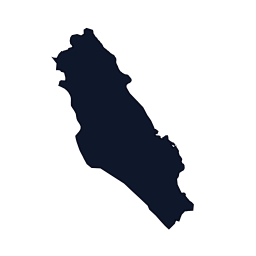 Daugmales pag., Kekavas, Latvia, rotated 219°
{"feature_id": "27541924B86442944632001", "entity_name": "Daugmales pag.", "entity_type": "district", "adm_level": 2, "iso_a3": "LVA", "parent_name": "Latvia", "parent_adm1": "Kekavas", "projection": "robinson", "projection_center": [24.43, 56.799], "detail": "fine", "context": "isolated", "style": "filled", "palette": "ink", "viewbox_px": 256, "rotation_deg": 219, "n_neighbors": 0, "source": "geoboundaries", "source_scale": "gbopen_adm2", "svg_char_len": 5316}
<svg xmlns="http://www.w3.org/2000/svg" viewBox="0 0 256 256"><g transform="rotate(219 128 128)"><path d="M131.5,74.7L124.3,80.0L96.1,83.1L84.7,82.2L75.1,81.6L63.6,80.7L60.0,78.7L51.3,78.1L43.0,76.7L37.5,75.9L32.9,75.6L32.1,83.0L32.1,83.3L32.4,83.8L32.5,84.0L32.6,84.3L32.7,84.6L32.7,84.8L32.7,85.0L32.8,85.1L33.1,86.0L33.4,86.5L32.5,87.0L31.7,87.3L31.0,87.6L30.2,87.9L30.6,89.2L31.4,91.2L31.6,92.0L32.2,93.9L32.4,94.2L32.3,95.9L32.1,97.9L32.1,99.5L31.1,100.2L30.5,100.8L29.8,101.6L29.5,102.0L28.3,103.0L27.7,103.6L26.2,104.9L27.1,106.2L29.2,109.4L31.3,109.7L31.7,109.8L33.9,109.5L34.3,109.5L36.6,110.0L36.9,110.0L38.4,110.3L39.1,110.5L40.9,110.8L41.4,110.9L41.5,110.9L41.5,111.0L41.5,111.4L41.5,111.8L41.5,112.0L41.8,112.2L42.1,112.4L42.2,112.5L42.5,112.5L42.8,112.5L43.2,112.5L43.4,112.5L43.6,112.4L44.0,111.9L44.9,111.0L45.1,110.8L45.4,110.8L45.8,110.8L46.2,110.8L48.3,111.8L49.3,112.3L51.0,113.1L54.3,114.7L55.3,115.7L56.9,117.3L57.9,118.3L58.5,119.0L58.6,119.4L58.6,119.5L58.6,119.8L58.6,120.1L58.6,120.4L58.6,120.9L58.6,121.1L58.7,121.4L58.6,121.6L58.7,121.8L58.9,122.2L59.0,122.5L59.1,122.8L59.4,123.1L59.5,123.4L59.8,123.9L60.0,124.4L60.2,124.8L60.5,125.3L60.5,125.7L60.0,127.1L59.7,128.1L59.4,129.2L59.1,129.6L58.9,130.2L59.0,131.0L59.1,131.5L59.2,131.8L59.3,131.9L59.7,132.5L59.9,132.8L60.0,132.9L60.4,133.1L60.5,133.1L60.7,133.5L60.8,133.7L60.9,133.8L61.1,133.9L62.1,134.4L63.5,134.1L65.6,135.0L66.8,137.4L67.2,137.6L68.1,137.9L68.6,138.1L68.8,138.2L69.9,138.4L70.7,138.5L70.9,138.6L71.2,138.7L71.9,139.2L73.5,140.3L73.8,140.5L74.0,141.0L74.4,141.5L74.5,141.7L76.1,142.3L76.6,142.5L78.4,143.0L78.6,143.0L79.0,143.3L79.3,143.6L79.6,142.9L80.4,140.7L84.5,142.1L84.8,142.4L84.9,142.6L84.4,143.4L83.7,143.4L83.2,143.5L82.8,143.6L82.6,143.6L82.4,143.7L81.4,144.1L81.2,144.1L81.3,144.3L83.3,144.6L83.7,144.3L83.8,144.3L84.3,144.1L84.6,144.1L84.8,144.0L85.1,144.0L85.4,144.0L85.7,143.9L86.3,143.8L87.5,143.7L88.5,143.8L89.1,143.9L90.1,144.0L90.4,144.3L90.6,144.9L91.6,145.9L92.5,146.5L92.7,146.3L93.3,145.8L93.5,145.6L93.9,143.8L94.2,143.0L94.4,142.4L94.5,142.3L94.4,142.2L94.1,142.0L93.6,141.5L95.0,140.5L97.3,140.0L97.2,140.6L97.9,141.3L98.9,141.0L100.7,139.6L102.0,139.1L102.7,139.4L103.0,140.1L103.6,141.2L102.2,141.9L102.3,142.6L102.8,144.0L105.7,143.9L106.6,143.3L106.8,143.4L107.6,143.7L107.9,143.9L108.8,144.5L114.9,147.6L118.9,148.8L121.4,149.5L123.9,150.6L124.0,150.6L124.7,150.9L124.8,150.9L124.8,151.0L129.5,153.0L131.3,153.2L135.8,153.8L137.1,154.0L137.5,154.1L138.1,154.1L140.4,154.4L140.5,154.4L144.4,154.9L148.3,155.4L148.9,155.6L149.0,155.6L153.6,157.4L155.6,158.3L155.6,158.5L155.8,158.7L155.9,158.9L156.1,159.1L156.3,159.3L156.4,159.5L156.5,159.6L156.5,159.9L156.7,160.3L156.9,160.9L157.0,161.0L156.9,161.2L156.9,161.4L156.6,161.8L156.6,162.0L156.6,162.6L156.6,162.8L156.4,163.1L156.2,163.4L155.8,164.1L155.6,164.6L155.5,165.2L155.5,165.6L155.5,166.3L155.6,166.6L155.8,167.0L156.1,167.2L156.5,167.6L156.8,167.7L157.8,167.9L158.5,168.1L159.3,168.2L160.1,168.4L160.5,168.5L161.4,168.5L161.8,168.4L162.1,168.3L163.8,167.2L164.2,167.1L164.5,167.0L165.1,167.0L165.8,166.8L166.6,166.7L166.9,166.6L167.4,166.6L167.9,166.7L169.1,166.6L169.7,166.6L172.0,167.3L172.7,167.6L173.5,168.0L174.3,168.5L175.5,169.2L176.1,169.4L177.2,169.9L177.7,170.1L177.8,170.2L178.4,170.7L179.2,171.1L179.5,171.5L179.9,172.4L180.5,173.1L181.0,173.7L181.4,174.0L181.7,174.2L183.1,174.5L183.8,174.8L184.2,175.0L184.6,175.1L185.0,175.1L185.5,175.0L186.2,174.8L186.7,174.7L187.5,174.7L189.0,174.5L189.5,174.6L191.5,174.8L191.9,174.8L193.1,174.6L193.5,174.7L194.1,174.8L194.4,174.8L196.7,174.7L197.0,174.7L197.7,174.8L198.4,174.9L198.8,175.1L199.2,175.3L199.9,175.7L200.3,175.8L200.7,175.9L200.8,176.0L201.0,176.1L201.3,176.3L201.8,176.3L202.9,176.4L203.4,176.5L203.7,176.5L204.5,176.9L205.0,177.0L206.0,177.0L206.9,177.1L207.3,177.1L207.6,177.3L208.3,177.6L208.7,177.7L209.3,177.8L211.1,177.9L212.9,178.6L213.5,178.8L214.4,179.0L214.6,179.1L215.1,179.6L215.8,180.1L216.3,180.8L216.9,181.2L217.2,181.3L222.7,179.1L223.5,176.6L220.9,173.6L222.1,169.9L226.2,168.4L229.3,164.6L229.1,162.2L227.5,159.4L227.0,159.1L225.5,157.7L224.9,157.8L222.1,157.1L221.7,155.4L223.8,152.5L223.3,151.5L223.4,150.8L224.1,150.2L224.4,149.5L224.6,149.1L224.9,148.7L225.6,147.8L226.1,147.1L225.9,146.5L226.2,146.0L227.4,145.5L227.5,143.9L227.6,143.1L227.7,141.8L227.5,141.2L227.3,140.0L227.0,138.7L226.8,137.3L229.5,135.4L229.8,135.3L223.8,133.9L223.6,133.7L220.2,128.7L219.2,129.6L217.1,130.8L215.4,130.3L214.3,130.9L212.6,131.5L212.1,131.5L211.3,130.8L208.0,128.4L207.0,127.2L206.5,126.5L206.4,126.2L205.8,125.3L205.8,125.2L207.9,123.6L208.0,123.5L208.2,123.4L209.4,122.5L209.5,122.5L209.9,121.3L209.8,121.0L209.7,120.7L209.3,120.3L209.2,120.0L208.5,118.4L208.4,117.9L205.8,118.6L202.1,119.4L199.1,119.3L196.7,118.9L193.8,117.8L192.4,117.1L190.8,115.9L189.3,114.2L188.1,112.6L186.7,110.9L185.9,110.0L183.9,109.3L180.3,108.2L178.0,107.2L177.1,106.8L175.7,105.5L174.5,104.4L173.2,103.3L171.7,102.5L169.9,101.9L168.2,101.4L167.0,100.9L166.0,100.4L165.2,99.9L164.6,99.1L163.7,97.8L163.3,96.4L163.2,95.1L163.1,94.1L163.2,92.8L163.2,91.4L163.3,89.0L161.3,87.3L158.7,85.4L153.9,82.4L151.4,80.9L149.5,80.0L147.2,79.0L144.8,78.0L143.0,77.1L140.1,75.9L137.9,75.0L137.3,74.7L134.7,74.7L131.5,74.7Z" fill="#0f172a" stroke="#020617" stroke-width="1.5"/></g></svg>